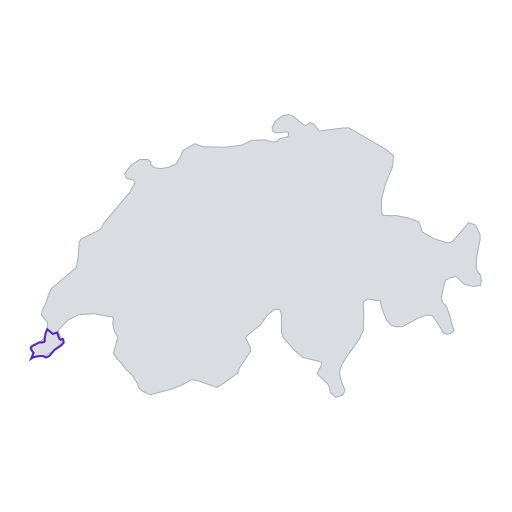 location of Genève within Switzerland
{"feature_id": "CHE-159", "entity_name": "Genève", "entity_type": "Canton", "adm_level": 1, "iso_a3": "CHE", "parent_name": "Switzerland", "parent_adm1": "", "projection": "albers", "projection_center": [6.105, 46.231], "detail": "fine", "context": "in_parent", "style": "outline", "palette": "violet", "viewbox_px": 512, "rotation_deg": 0, "n_neighbors": 0, "source": "natural_earth", "source_scale": "10m", "svg_char_len": 2857}
<svg xmlns="http://www.w3.org/2000/svg" viewBox="0 0 512 512"><path d="M383.2,147.8L386.3,149.6L393.6,155.7L392.5,166.8L385.2,184.8L381.5,199.3L381.5,210.3L382.5,215.4L384.0,215.3L391.8,215.7L395.7,215.5L408.3,217.9L418.5,221.8L420.6,226.3L422.2,231.8L434.4,238.9L448.3,243.1L452.8,241.3L468.8,222.6L475.5,225.2L480.0,234.5L480.1,239.5L476.4,258.7L476.2,269.0L480.6,275.5L481.3,280.7L480.4,285.6L473.6,286.4L464.3,284.3L456.2,276.4L450.5,277.7L445.5,280.1L443.3,288.0L441.5,297.4L442.5,302.5L446.3,306.3L449.5,314.6L452.1,325.4L453.9,330.3L452.3,332.7L447.6,334.4L443.5,333.1L435.9,320.4L432.4,315.6L426.8,315.0L417.2,318.6L402.6,326.6L396.6,326.8L391.4,325.6L386.3,319.6L381.7,307.8L380.1,300.3L377.3,300.7L367.6,298.9L363.3,302.0L363.8,314.3L363.5,329.6L359.1,339.6L346.3,357.2L341.7,364.8L339.9,370.2L339.7,374.9L342.0,382.8L345.1,390.4L342.9,394.9L335.9,397.4L330.7,392.9L328.4,384.7L317.2,373.8L321.8,364.1L320.9,361.8L302.8,357.5L294.9,350.6L283.7,338.3L281.5,333.0L281.4,315.5L280.7,311.2L279.2,309.2L274.0,309.5L266.9,315.8L260.4,325.0L246.9,335.7L245.6,337.9L250.4,347.8L250.3,351.7L239.5,367.9L237.5,373.2L223.4,383.5L216.9,387.4L197.0,380.4L191.5,379.7L182.7,384.7L170.2,389.6L150.1,394.6L142.6,391.3L139.0,388.1L137.2,383.3L132.0,374.8L126.2,369.8L122.2,364.4L116.9,358.4L113.4,353.4L117.8,337.2L114.5,331.6L112.7,323.6L113.5,318.1L111.7,316.8L93.6,313.7L78.5,314.8L67.8,320.2L59.0,329.2L57.9,331.1L58.5,332.7L62.9,340.9L55.5,349.6L44.0,356.3L36.0,357.0L32.4,355.7L32.3,346.4L38.9,343.0L45.0,337.0L47.0,328.4L47.7,322.5L41.4,315.2L42.2,310.8L46.1,302.4L48.4,294.9L51.5,288.5L64.0,278.0L76.5,267.3L78.3,256.1L79.2,242.4L80.9,239.1L97.7,230.9L101.9,227.6L104.0,222.9L117.0,207.5L129.9,192.2L132.5,187.1L134.6,184.1L134.6,181.6L132.9,179.7L126.7,178.5L124.6,173.7L131.2,165.0L139.6,159.6L147.7,159.4L151.0,161.8L150.9,164.7L154.5,167.7L160.7,168.6L168.3,167.4L175.9,164.1L180.4,156.4L183.0,150.5L194.8,143.7L203.0,146.8L225.6,147.2L242.0,145.0L252.1,140.3L264.9,139.9L273.5,142.2L275.0,141.8L277.4,141.1L279.6,138.7L287.7,136.8L288.7,134.7L288.3,132.7L286.8,131.7L276.9,133.0L273.1,131.6L272.0,127.9L275.0,121.5L282.1,116.1L288.3,114.6L292.7,115.8L303.9,125.1L306.5,125.3L308.0,123.6L310.2,122.5L314.0,124.3L318.4,130.1L319.2,131.0L343.3,128.0L348.8,127.8L365.6,137.6L383.2,147.8Z" fill="#d9dde1" stroke="#a8b0b8" stroke-width="1"/><path d="M41.6,342.5L42.1,342.5L44.4,341.8L44.8,340.8L44.7,339.5L44.8,337.9L45.5,333.7L45.8,332.6L47.3,329.3L48.3,330.1L52.9,333.9L57.2,332.5L57.3,333.1L58.3,335.6L58.3,336.2L59.3,338.6L59.7,339.2L60.8,339.8L62.5,339.0L63.2,339.3L63.7,342.7L61.1,345.5L54.6,349.8L49.5,355.8L46.2,357.5L42.8,356.0L38.1,356.2L33.5,357.2L31.1,358.7L32.5,355.5L33.2,354.1L33.6,352.8L31.8,350.6L30.7,348.6L31.1,346.8L33.6,345.2L39.6,342.3L39.8,342.2L40.0,342.2L40.9,342.5L41.6,342.5Z" fill="none" stroke="#5b21b6" stroke-width="2"/></svg>